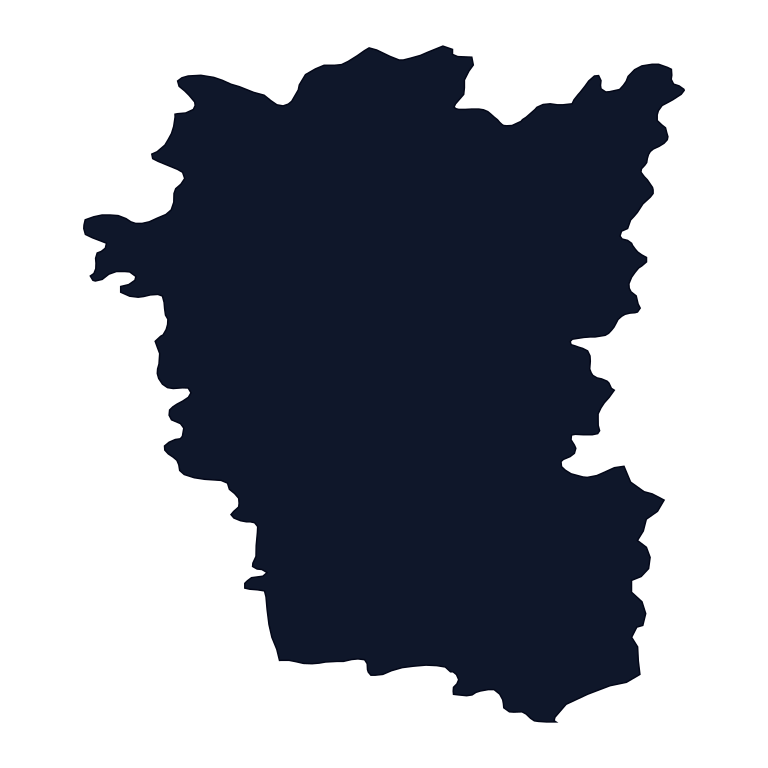 outline of Krupki, Minsk, Belarus
{"feature_id": "67162791B85718992399445", "entity_name": "Krupki", "entity_type": "district", "adm_level": 2, "iso_a3": "BLR", "parent_name": "Belarus", "parent_adm1": "Minsk", "projection": "robinson", "projection_center": [29.17, 54.312], "detail": "fine", "context": "isolated", "style": "filled", "palette": "ink", "viewbox_px": 768, "rotation_deg": 0, "n_neighbors": 0, "source": "geoboundaries", "source_scale": "gbopen_adm2", "svg_char_len": 5527}
<svg xmlns="http://www.w3.org/2000/svg" viewBox="0 0 768 768"><path d="M624.0,466.3L614.4,467.7L602.5,473.1L596.8,475.6L587.3,477.4L583.0,477.0L571.1,473.8L565.3,470.2L561.5,466.6L561.0,461.6L563.4,459.4L570.1,456.6L574.4,453.3L575.8,448.3L574.4,445.1L571.0,439.7L571.5,435.0L575.3,434.3L582.9,434.7L592.4,434.7L597.7,433.6L599.6,430.7L598.2,425.4L598.1,418.9L598.1,413.9L601.0,407.8L604.3,402.8L609.1,397.4L614.3,390.2L611.4,388.4L608.9,383.0L607.1,381.2L601.6,378.9L597.0,377.9L592.8,375.4L591.2,372.9L589.7,369.0L590.3,361.2L590.0,355.9L587.6,350.9L582.7,348.4L578.7,347.2L575.1,345.9L571.1,344.7L570.2,341.5L572.3,339.2L578.1,338.3L583.9,337.4L590.6,336.9L595.2,336.9L605.2,335.3L608.6,333.3L611.6,330.1L614.0,327.1L616.2,323.0L618.0,319.5L621.6,316.3L625.0,314.3L629.9,313.1L635.0,312.7L637.5,312.0L640.2,308.1L638.1,304.0L637.1,299.8L636.2,295.9L631.0,291.8L629.2,288.2L628.9,283.8L631.6,277.2L635.0,272.4L638.6,268.0L641.7,266.0L646.5,261.9L646.5,257.5L641.6,254.8L637.7,252.0L635.2,249.1L632.5,245.4L631.6,243.3L627.6,240.4L622.1,239.0L620.0,236.0L621.5,231.2L627.6,228.5L630.6,220.0L634.0,216.4L637.3,212.5L640.3,207.9L642.8,204.0L650.4,197.0L653.1,193.5L653.1,189.9L652.5,187.4L647.3,179.8L644.2,176.6L640.9,172.1L641.5,168.7L644.8,165.2L646.7,162.5L647.3,158.6L648.5,154.5L650.3,151.5L653.3,149.0L659.1,146.3L664.0,143.3L667.3,139.7L667.9,136.7L666.7,132.6L665.5,127.8L661.8,124.9L657.2,120.5L657.2,114.8L658.4,110.7L662.1,105.5L668.5,102.1L672.7,99.8L677.6,96.6L681.2,94.3L684.2,90.4L684.1,90.0L683.9,89.3L679.1,85.9L673.6,84.1L671.2,79.3L671.8,75.2L671.4,69.3L667.5,67.4L658.7,64.3L652.0,64.3L641.9,65.9L634.6,69.7L628.1,76.4L626.2,81.3L623.4,85.3L619.6,89.5L609.6,91.7L605.8,92.0L601.0,88.8L600.5,85.3L601.0,80.6L598.6,75.6L594.4,76.0L588.7,81.0L584.9,86.3L580.1,92.4L578.2,94.5L574.0,99.8L572.1,103.8L563.0,104.8L557.3,104.8L550.2,103.8L543.1,104.5L536.9,107.3L535.0,109.5L526.1,117.3L522.5,119.6L521.0,121.4L517.9,122.8L512.1,125.5L506.7,125.8L503.6,125.5L502.1,124.6L499.7,122.4L497.5,119.8L493.9,116.9L490.8,114.1L487.8,111.6L483.5,109.8L479.0,109.1L471.4,109.1L465.6,109.4L458.6,109.4L455.9,108.7L454.0,107.1L455.5,103.9L463.7,94.4L464.4,87.8L464.4,80.0L468.9,71.1L473.3,65.0L471.8,57.2L457.7,56.6L452.5,54.4L452.5,49.4L442.9,46.1L435.7,49.0L427.1,52.5L420.5,55.4L410.5,58.2L403.3,60.0L399.1,60.0L390.0,56.4L376.7,50.0L369.1,47.9L364.4,50.7L357.3,55.7L348.2,61.4L341.6,64.6L334.5,65.3L324.0,65.3L315.4,68.9L305.5,74.6L299.3,84.9L298.3,89.9L295.0,95.6L291.7,101.3L288.3,104.1L283.1,105.9L276.9,104.8L270.8,100.6L264.1,95.2L253.7,92.4L239.4,86.7L230.9,84.2L222.3,80.3L213.8,77.4L200.9,75.3L188.1,76.0L181.9,77.8L177.6,81.0L179.1,86.3L184.7,90.9L189.0,95.2L194.7,102.0L195.2,105.5L193.3,109.5L185.7,113.0L177.6,113.7L175.0,114.2L175.1,117.0L173.7,126.4L171.5,133.5L168.4,139.2L164.9,145.1L157.0,151.8L151.8,154.1L152.7,158.6L158.2,161.4L169.6,166.1L177.4,169.3L182.6,172.3L184.7,178.5L180.9,184.2L175.7,188.7L174.0,193.5L173.8,202.2L171.2,209.9L165.9,214.5L157.1,218.2L149.3,221.8L142.2,223.4L135.5,223.4L130.8,221.8L126.0,218.6L118.2,215.6L109.9,215.0L102.1,215.0L93.7,216.8L85.2,219.8L84.0,225.0L83.8,228.6L85.4,234.4L92.5,237.8L100.1,240.7L106.5,243.2L105.3,248.2L101.3,251.4L97.2,253.0L95.6,258.3L96.0,263.2L95.8,268.7L93.9,273.5L90.3,276.0L92.9,280.3L95.3,281.0L102.2,279.4L108.8,274.2L116.4,271.5L124.7,271.5L129.7,271.9L135.9,276.5L134.9,280.3L128.7,284.6L120.7,286.5L120.7,292.2L129.7,296.2L138.2,297.2L143.7,296.5L150.3,294.9L157.9,294.4L162.4,296.0L164.1,302.4L164.6,308.5L165.5,315.1L167.9,319.2L167.6,324.5L166.2,329.5L163.1,334.9L160.7,336.2L155.2,341.3L157.4,347.4L159.7,353.5L159.0,364.0L157.6,368.9L157.3,373.5L158.7,378.5L162.5,384.2L167.5,387.6L173.2,388.5L182.7,387.8L188.2,388.0L191.0,392.8L188.4,397.3L182.7,401.1L177.0,404.1L172.9,406.8L169.6,410.0L169.1,415.2L171.5,419.8L180.5,423.6L183.8,428.1L182.4,436.3L180.3,438.8L175.3,439.5L169.1,442.2L164.5,446.0L164.8,450.1L168.3,453.9L173.1,457.1L176.9,460.3L178.8,464.8L179.7,470.5L184.2,474.5L194.2,477.7L204.7,479.3L215.4,480.0L221.1,480.4L227.5,483.1L229.4,489.3L234.6,493.5L238.7,498.3L239.1,503.3L238.7,506.9L237.0,508.5L233.7,511.4L231.0,514.6L233.9,518.0L240.5,520.7L246.5,521.8L250.3,521.8L254.6,522.7L257.7,526.6L257.4,532.6L256.2,545.7L256.0,556.4L252.9,563.1L252.6,566.5L257.1,569.0L261.9,569.5L267.1,572.6L262.9,576.2L251.5,577.7L247.4,580.8L244.8,583.3L244.8,588.1L249.7,589.2L257.5,589.8L264.5,590.9L266.0,596.8L267.1,609.4L269.0,624.6L271.9,637.3L276.8,649.3L279.5,660.4L281.2,660.3L289.0,660.3L296.1,661.7L303.5,663.4L312.1,663.7L319.2,663.1L325.5,662.0L336.7,661.4L343.4,661.4L351.6,659.5L357.9,658.9L364.6,659.7L367.2,663.7L367.5,669.6L368.3,672.1L370.9,675.2L375.0,675.2L382.8,674.4L391.4,670.7L402.2,667.6L413.3,666.2L426.0,665.1L436.8,665.6L445.3,667.0L450.5,671.8L453.1,671.8L456.5,674.6L458.7,679.7L456.9,683.9L453.5,687.3L453.2,691.2L453.5,694.3L458.7,694.9L466.6,695.7L472.1,694.9L475.9,692.4L480.3,691.0L488.1,689.6L494.1,689.6L499.7,694.1L502.7,699.7L503.4,703.6L503.8,707.8L509.4,711.8L513.8,712.1L522.0,711.8L526.1,714.0L530.6,718.3L534.3,720.8L538.4,721.4L546.2,721.9L550.7,721.9L555.9,721.9L554.1,720.7L554.9,717.3L566.1,704.3L587.7,694.2L610.0,685.7L626.4,682.3L639.9,674.4L638.3,660.9L637.6,646.8L637.3,646.4L631.6,637.3L636.8,627.1L642.8,625.4L645.7,613.6L642.0,601.8L631.5,592.2L631.5,580.4L641.2,576.5L648.6,568.6L650.1,557.4L646.4,547.3L637.4,540.5L643.3,531.0L646.3,519.2L657.5,511.3L664.1,500.1L652.2,493.9L644.0,491.7L630.6,482.1L624.0,466.3Z" fill="#0f172a" stroke="#020617" stroke-width="1.5"/></svg>